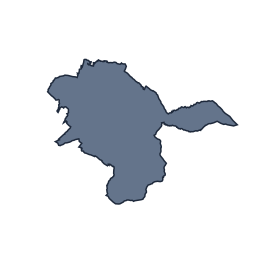 Sangeru, Prahova, Romania (Robinson projection), rotated 34°
{"feature_id": "2599482B30255763937111", "entity_name": "Sangeru", "entity_type": "district", "adm_level": 2, "iso_a3": "ROU", "parent_name": "Romania", "parent_adm1": "Prahova", "projection": "robinson", "projection_center": [26.355, 45.139], "detail": "fine", "context": "isolated", "style": "filled", "palette": "slate", "viewbox_px": 256, "rotation_deg": 34, "n_neighbors": 0, "source": "geoboundaries", "source_scale": "gbopen_adm2", "svg_char_len": 5727}
<svg xmlns="http://www.w3.org/2000/svg" viewBox="0 0 256 256"><g transform="rotate(34 128 128)"><path d="M174.1,184.7L178.9,180.2L180.2,178.7L180.2,178.4L180.0,177.8L180.3,175.5L179.3,173.6L179.1,172.5L179.3,171.2L178.5,170.0L177.3,169.1L176.6,166.6L176.6,164.0L177.9,162.5L178.4,161.5L179.3,160.5L179.2,159.6L180.1,157.7L182.2,155.7L184.6,154.5L185.8,153.2L186.0,152.6L185.8,151.5L184.3,149.5L185.0,149.1L184.4,148.0L185.1,146.7L185.1,146.3L184.5,145.2L182.3,143.8L181.6,142.3L180.1,141.0L179.6,139.4L179.7,138.0L179.5,135.8L176.1,134.9L174.0,134.0L170.9,133.1L169.6,132.4L168.9,131.5L168.7,130.0L168.3,128.8L166.5,126.5L166.3,126.0L166.5,125.8L165.7,124.5L163.4,122.8L162.4,120.6L160.7,120.0L158.5,120.6L155.2,120.3L153.7,119.4L154.5,117.9L153.9,115.8L153.9,113.7L154.3,112.6L154.7,108.2L154.6,107.2L153.8,106.4L153.7,105.4L153.0,104.9L154.4,103.5L154.5,103.9L155.3,103.7L155.7,104.3L156.0,103.9L156.4,103.9L156.7,104.4L157.1,104.2L157.3,103.8L157.8,103.8L158.0,104.2L159.1,103.5L159.8,103.8L160.5,103.2L161.2,103.1L161.5,102.4L162.3,102.3L163.0,101.6L163.1,101.0L165.1,100.4L166.3,99.7L167.7,99.8L168.0,100.1L168.4,99.8L169.7,100.2L170.2,100.0L170.7,100.1L171.3,99.6L172.0,99.6L172.2,98.9L173.1,98.4L175.4,98.5L175.9,98.0L178.1,97.5L179.5,96.8L180.8,97.0L181.3,96.3L182.2,96.2L182.5,95.6L184.0,94.7L185.7,92.4L186.3,92.3L186.6,91.8L187.4,91.6L188.3,89.9L189.5,89.4L189.2,88.6L189.7,88.2L190.2,84.7L190.7,83.3L190.6,82.6L191.5,81.6L191.9,80.5L192.6,79.2L194.0,78.2L196.1,75.8L198.0,72.8L198.4,72.5L202.3,72.2L205.3,71.5L206.8,70.1L208.4,69.8L214.4,67.2L216.8,64.2L210.7,63.1L205.9,61.5L200.4,61.5L197.6,61.0L196.1,60.3L193.1,59.6L190.3,59.4L187.6,58.5L186.1,58.4L185.6,58.6L184.4,58.2L182.7,58.3L181.4,59.7L179.8,60.2L179.6,60.7L179.0,61.0L178.8,61.7L175.9,63.5L175.4,64.2L174.0,65.1L173.9,65.9L173.1,67.6L171.4,67.9L171.1,68.3L170.8,68.8L170.9,69.7L170.7,70.7L169.5,71.6L169.7,72.4L169.3,73.6L167.9,74.1L168.1,74.3L167.8,74.8L168.0,75.7L167.2,76.3L167.2,77.1L166.0,77.3L165.2,78.0L165.1,78.6L163.4,78.3L163.2,78.6L163.4,78.9L162.8,79.9L160.6,80.5L160.4,80.9L160.4,82.0L159.0,83.4L159.2,84.7L158.4,85.3L158.4,85.9L157.7,87.0L156.7,87.2L156.4,87.7L155.7,88.1L156.1,88.7L156.0,89.4L155.1,89.5L154.9,89.8L155.7,90.4L155.6,91.0L154.1,92.2L153.7,93.1L153.7,93.6L152.6,93.9L150.2,93.2L149.5,92.4L147.4,91.7L145.5,90.3L141.5,88.9L140.4,87.8L137.1,86.4L134.1,84.1L132.8,84.0L131.5,83.1L127.9,83.1L127.5,83.6L126.8,83.5L125.2,83.8L124.0,83.5L119.6,83.2L119.5,84.5L120.1,86.9L119.1,87.3L118.3,86.7L118.2,86.0L117.8,85.8L117.3,85.9L116.7,85.7L115.9,86.2L115.0,85.2L113.3,84.8L111.6,84.5L110.6,85.1L109.4,84.8L108.5,85.0L106.0,84.4L104.0,84.4L103.5,84.1L102.5,83.9L101.3,84.0L96.9,82.9L93.4,83.1L93.1,82.8L92.9,80.8L92.1,77.8L89.8,76.5L88.2,77.6L87.2,77.9L86.2,77.8L86.3,78.7L85.9,79.0L85.8,79.6L85.3,79.8L83.0,80.7L81.4,80.4L80.1,80.9L79.4,81.5L78.5,82.7L77.2,83.3L75.3,84.8L73.4,85.2L73.2,84.9L73.4,84.4L73.1,84.3L70.7,85.6L70.5,85.9L71.0,86.2L70.1,87.0L69.0,87.2L68.0,88.0L67.2,87.8L66.7,88.1L65.5,88.0L65.3,88.5L65.7,88.9L64.9,89.5L65.2,90.0L64.5,90.9L64.2,93.4L63.9,92.9L63.4,93.4L63.2,93.4L63.1,93.0L62.8,93.2L63.5,94.0L63.6,94.7L64.7,95.7L64.6,96.1L64.0,96.2L63.3,96.7L62.8,96.6L62.2,97.0L60.4,97.1L60.1,97.6L58.8,97.4L58.7,97.2L59.4,97.2L60.3,96.7L60.8,96.1L60.9,95.5L60.0,95.0L60.6,94.6L60.6,93.9L60.4,93.7L59.7,94.4L57.0,94.2L56.0,94.7L54.9,94.6L53.5,95.6L53.4,96.1L54.5,98.3L55.8,102.6L54.6,102.3L54.3,102.4L54.4,102.7L55.0,104.0L55.9,104.1L56.1,104.9L56.1,105.2L55.4,105.8L54.9,106.6L55.7,107.9L56.6,110.1L55.5,110.8L56.0,111.0L56.0,111.5L56.4,111.4L56.7,111.6L57.6,114.6L55.9,115.0L53.3,116.4L48.8,118.0L46.1,119.5L45.3,120.9L42.3,123.7L42.2,124.9L41.2,125.9L40.8,126.7L39.9,127.1L40.0,127.3L39.8,129.2L40.0,130.1L39.6,130.7L40.0,131.3L39.9,132.6L39.2,134.3L39.8,135.0L40.1,135.7L40.1,138.3L40.5,139.1L40.2,139.9L40.4,141.0L41.1,141.8L41.1,142.9L46.8,144.1L47.6,144.0L51.1,144.6L52.5,145.2L53.6,144.4L54.4,143.3L55.1,143.2L55.6,143.6L56.4,145.1L57.5,146.0L57.7,146.7L57.6,147.5L58.9,149.0L59.0,150.1L59.4,150.7L59.7,152.1L59.5,153.2L60.0,153.9L61.3,154.2L61.1,152.5L60.8,152.2L60.9,150.6L60.5,150.2L60.4,149.8L61.1,147.6L62.1,147.3L63.5,147.4L63.4,146.2L64.6,145.2L65.4,145.4L67.5,145.5L68.6,146.3L69.2,147.6L70.0,148.4L69.9,149.8L69.4,150.3L69.8,150.5L70.8,150.9L70.7,151.2L71.2,152.4L70.7,153.2L71.0,154.7L70.8,155.2L71.6,157.5L71.5,158.8L71.7,159.7L72.8,156.8L73.1,156.8L74.1,157.1L74.2,157.5L74.0,157.9L74.8,158.4L77.8,159.0L79.8,159.0L80.1,160.7L79.7,162.1L79.4,164.1L79.6,164.5L78.9,166.2L78.6,167.8L79.0,168.5L78.4,169.0L76.7,176.1L77.7,176.2L75.4,179.9L78.3,179.8L80.2,181.1L81.7,180.5L81.9,179.9L83.4,177.9L84.3,175.4L85.6,174.5L87.6,172.2L88.3,171.0L88.7,169.8L90.2,168.2L90.7,167.2L93.3,164.5L95.2,166.4L98.2,166.5L97.9,171.3L99.8,170.6L101.1,170.5L101.4,171.0L101.0,171.4L101.5,171.8L101.7,172.4L102.5,172.9L104.1,172.1L104.9,172.7L106.1,172.9L107.5,172.3L110.7,171.7L112.1,171.1L116.3,170.3L116.3,169.6L118.1,169.4L122.2,170.0L124.6,169.6L125.1,170.3L128.1,171.0L132.1,170.8L132.2,169.6L132.9,169.5L132.4,169.1L133.1,169.0L132.4,168.8L132.5,168.5L133.3,168.5L133.8,168.1L134.3,168.4L135.0,168.1L136.6,168.6L137.1,168.0L137.9,168.0L138.0,168.3L138.9,168.8L139.5,170.3L140.4,171.9L141.5,173.7L142.5,174.4L142.8,174.9L142.8,175.4L143.1,176.0L142.8,176.7L142.8,177.8L142.2,178.6L141.8,179.8L142.2,180.8L141.8,182.4L141.9,183.3L142.5,185.0L142.4,186.3L142.9,186.9L142.6,187.5L144.7,189.9L144.9,191.1L145.8,191.9L146.3,192.7L147.8,193.8L147.9,194.4L147.6,196.1L149.8,195.7L151.8,196.9L157.1,197.7L160.0,197.8L162.6,196.3L163.7,195.4L165.6,191.8L165.6,191.0L165.9,190.3L167.0,189.3L167.3,188.4L168.9,187.3L170.6,186.7L172.0,185.6L173.7,185.6L174.1,184.7Z" fill="#64748b" stroke="#1e293b" stroke-width="1.5"/></g></svg>